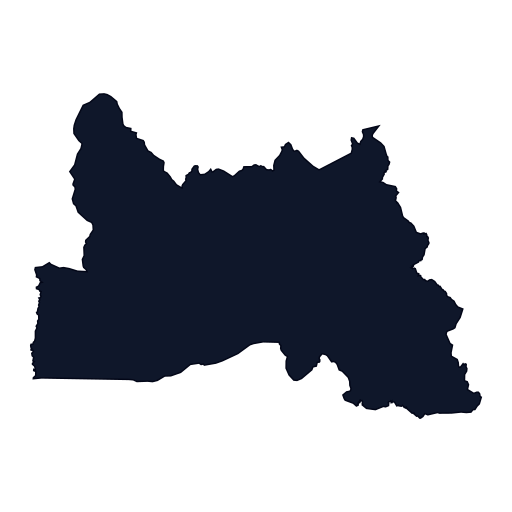 Wang Saphung, Loei, Thailand
{"feature_id": "78962969B13913499788092", "entity_name": "Wang Saphung", "entity_type": "district", "adm_level": 2, "iso_a3": "THA", "parent_name": "Thailand", "parent_adm1": "Loei", "projection": "natural_earth1", "projection_center": [101.796, 17.291], "detail": "fine", "context": "isolated", "style": "filled", "palette": "ink", "viewbox_px": 512, "rotation_deg": 0, "n_neighbors": 0, "source": "geoboundaries", "source_scale": "gbopen_adm2", "svg_char_len": 6016}
<svg xmlns="http://www.w3.org/2000/svg" viewBox="0 0 512 512"><path d="M33.3,378.7L41.5,377.9L128.7,379.4L133.3,379.8L136.9,381.5L147.6,381.1L152.5,381.6L157.4,380.4L164.7,376.0L170.8,375.8L180.7,372.3L190.3,364.4L199.1,363.1L201.1,364.5L203.3,364.0L204.3,365.1L215.8,363.1L222.3,360.8L237.9,353.5L249.8,344.8L253.6,343.5L263.2,341.8L278.4,342.2L279.3,342.3L279.4,343.9L280.9,345.6L280.7,348.5L281.3,350.3L285.2,355.1L287.5,356.5L286.2,361.0L286.1,368.2L289.1,375.0L293.8,380.1L297.0,380.4L301.5,378.5L311.8,369.8L312.9,366.9L316.3,366.1L317.2,362.3L319.3,362.1L319.7,361.6L319.8,359.7L319.1,358.8L319.5,356.8L322.2,353.7L325.7,354.6L327.4,355.7L331.6,361.8L333.8,361.5L335.6,362.3L337.2,364.4L339.2,369.9L342.3,371.2L348.3,377.4L349.7,381.3L349.9,385.4L351.0,388.6L350.8,389.9L350.0,391.2L346.6,391.9L342.9,395.0L344.2,398.6L345.2,400.2L353.3,403.2L356.4,406.0L358.1,405.2L358.2,404.2L357.0,405.0L358.4,402.4L358.8,402.9L359.6,402.6L359.0,402.0L360.0,401.4L359.7,400.4L360.2,400.0L361.0,401.0L361.9,400.5L362.6,401.6L362.2,403.9L362.9,404.5L362.4,405.0L366.5,408.4L375.4,409.6L383.3,406.4L385.6,406.8L388.5,405.6L388.7,403.4L388.1,402.7L388.6,401.7L390.1,401.8L390.6,401.0L391.0,401.6L391.7,401.1L391.6,401.9L392.1,401.3L392.3,402.2L392.7,401.7L394.5,402.1L396.8,405.9L398.6,405.2L398.8,405.8L401.4,406.2L402.5,405.3L404.3,407.5L404.9,407.2L405.6,408.0L406.5,407.3L406.7,408.4L412.1,413.2L413.8,413.0L413.8,413.6L414.3,413.5L414.7,414.5L416.6,416.2L417.8,416.0L419.7,418.1L420.6,418.1L422.9,416.5L424.8,413.6L427.8,414.8L437.6,412.5L439.4,413.1L451.4,413.0L461.1,412.0L466.3,412.5L471.0,412.1L472.9,409.7L474.9,409.5L477.1,406.1L479.3,403.9L481.3,397.2L480.1,396.5L479.6,393.7L478.3,392.2L476.8,392.2L473.8,393.4L467.4,389.5L468.5,384.7L467.2,381.7L464.8,380.9L464.5,380.2L464.6,374.5L466.6,371.2L466.9,368.6L466.0,366.8L466.2,364.3L465.1,363.8L464.1,365.0L463.1,363.7L460.4,367.2L459.3,367.3L458.5,366.0L458.2,362.5L457.2,359.5L451.3,356.2L451.0,352.8L452.5,345.1L450.0,343.5L446.0,334.4L446.6,332.0L447.4,331.1L453.1,328.9L454.9,327.7L456.1,323.7L460.1,317.5L462.8,309.0L457.8,307.0L455.6,304.4L454.0,301.2L451.4,299.4L450.2,297.6L447.8,296.8L446.6,295.5L446.5,293.5L445.2,291.5L443.8,291.0L443.2,289.9L442.0,289.4L440.1,286.4L439.4,286.6L438.1,285.1L437.3,285.1L434.7,281.5L431.7,279.6L429.6,279.9L427.7,281.3L425.5,280.7L424.7,279.5L423.3,279.6L420.7,276.7L420.6,275.6L419.3,275.2L418.3,275.7L418.7,273.7L416.8,273.2L415.3,268.7L414.1,268.1L412.5,268.8L411.1,267.8L412.1,267.5L411.7,266.4L412.4,266.6L412.8,265.5L413.4,265.9L413.6,264.6L418.5,262.0L418.9,260.7L420.8,260.6L421.1,259.8L422.1,259.5L422.5,257.0L424.0,254.8L425.1,248.6L427.3,246.8L427.2,246.0L428.8,243.6L428.9,242.7L427.9,240.3L428.3,238.0L427.6,236.6L426.7,236.6L426.8,235.0L426.1,233.5L424.7,233.8L424.3,233.2L423.6,233.8L423.2,233.0L420.6,233.9L416.3,232.4L413.8,226.2L410.8,223.0L409.3,222.6L408.3,221.1L403.6,217.7L402.6,216.1L400.5,207.4L397.5,202.6L396.8,202.9L396.4,201.5L395.5,200.9L395.3,199.5L395.9,199.1L396.1,197.1L395.5,196.1L398.5,192.5L396.4,191.0L396.6,188.7L395.3,186.6L386.3,184.7L383.0,182.5L379.8,181.8L382.4,178.9L382.3,177.6L384.2,174.1L383.9,172.9L384.8,171.9L385.7,172.1L386.0,171.6L385.5,171.4L385.6,170.7L387.7,169.3L387.9,165.7L388.9,164.6L389.6,162.1L387.9,160.4L387.8,157.0L387.0,156.5L386.1,154.0L384.0,146.5L380.6,142.9L372.4,137.3L372.2,135.3L372.9,133.6L378.8,126.0L362.9,129.8L362.4,131.7L363.6,134.6L363.6,136.8L362.7,139.3L360.8,141.4L359.9,144.3L357.3,143.1L353.8,138.3L351.6,137.8L351.2,140.1L352.7,144.0L351.5,145.6L352.2,147.1L352.3,149.2L351.3,153.2L319.7,169.6L318.7,169.7L313.0,166.3L303.8,158.1L298.5,151.2L296.9,150.4L294.7,151.3L293.7,150.9L292.5,149.2L290.8,144.7L288.5,142.5L285.5,144.5L284.4,146.9L281.4,147.2L282.3,149.7L281.9,151.3L279.7,155.5L275.1,160.3L273.8,165.4L274.0,170.1L272.6,171.0L270.7,169.5L269.1,170.0L266.5,169.7L263.7,166.6L262.2,166.6L260.8,165.8L260.1,166.5L258.3,166.2L255.9,164.8L254.1,165.0L251.9,166.7L243.9,166.8L243.1,169.2L241.8,170.5L239.4,171.2L234.5,175.7L232.5,176.7L223.7,171.1L218.5,169.1L216.3,169.4L212.8,172.0L212.0,171.9L210.7,169.3L208.8,171.6L204.8,174.3L200.2,174.8L198.4,172.5L197.6,169.2L198.1,167.0L197.4,165.9L195.3,165.8L194.3,166.1L192.0,169.2L191.9,171.1L190.5,172.5L189.4,172.8L188.5,174.3L186.1,175.6L186.2,177.8L185.7,179.1L186.1,180.6L182.7,184.6L182.1,186.1L182.3,187.9L181.6,187.9L176.4,184.8L173.7,181.2L171.7,179.6L170.3,177.0L167.1,173.1L163.7,171.3L163.3,170.0L163.4,166.4L164.0,162.7L163.3,161.1L159.3,159.2L153.6,155.4L151.1,152.5L147.9,150.9L144.5,144.9L144.2,142.2L143.2,140.6L136.5,138.4L135.9,134.7L136.4,132.9L130.7,131.3L130.8,128.5L125.9,127.5L123.7,125.7L122.9,124.1L122.0,117.3L121.9,112.3L119.3,108.5L117.2,104.2L116.7,101.6L110.8,96.6L107.1,94.6L104.1,93.9L99.4,94.2L89.9,102.4L83.2,105.3L76.1,119.7L74.3,125.2L73.8,128.7L74.0,133.5L78.9,140.6L81.9,143.3L82.0,144.2L81.0,148.6L77.5,154.1L74.7,164.9L69.8,171.6L74.8,179.1L73.0,184.1L73.2,185.2L74.9,186.8L75.3,189.2L72.3,198.9L73.6,203.7L76.0,205.8L78.2,212.2L87.2,220.4L91.7,222.4L93.0,225.0L93.3,230.0L90.3,234.4L89.8,236.5L85.8,240.3L85.6,242.0L86.5,243.7L84.9,245.1L83.9,247.3L84.2,255.6L82.4,259.4L83.2,265.9L83.7,267.4L86.2,269.6L87.1,271.7L77.5,271.2L69.1,268.6L63.5,267.6L59.4,268.2L50.8,264.3L49.3,262.7L42.5,266.8L35.4,267.6L34.9,269.7L36.7,275.0L36.4,276.8L39.8,278.5L40.0,280.7L42.1,282.3L40.3,282.7L38.6,286.1L36.4,287.2L36.5,288.7L39.1,289.5L39.9,291.2L41.1,291.6L40.2,294.8L41.1,296.2L40.2,297.8L38.9,298.0L39.6,299.3L39.6,300.3L38.8,301.1L39.5,302.6L38.6,305.1L39.2,306.4L38.0,308.4L37.4,312.1L36.6,312.4L37.1,313.9L38.7,315.1L38.8,319.3L37.6,321.0L37.9,323.5L36.2,326.2L37.0,327.9L35.4,331.1L35.4,338.1L34.6,341.2L33.4,342.3L32.9,344.3L31.1,344.3L30.7,345.3L30.9,347.2L31.8,348.7L31.0,349.2L31.1,350.1L33.0,350.3L33.6,351.0L31.8,353.3L32.2,355.8L33.7,357.1L32.9,360.9L34.3,361.6L32.5,363.4L32.5,364.3L34.5,366.0L35.2,368.0L35.3,369.6L33.8,369.3L33.7,370.6L35.8,371.5L35.7,375.6L33.4,377.7L33.3,378.7Z" fill="#0f172a" stroke="#020617" stroke-width="1.5"/></svg>